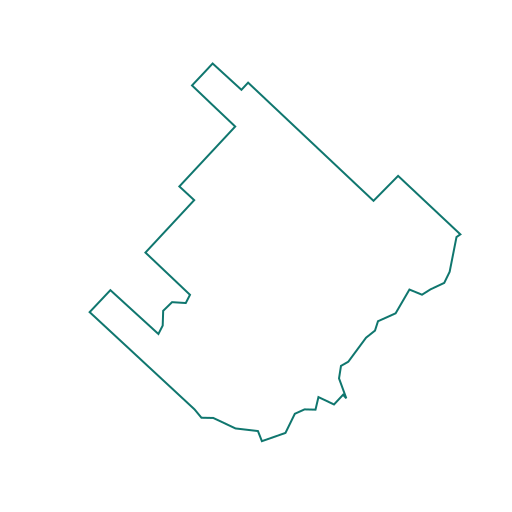 Jefferson Davis, Louisiana, United States of America, rotated 43°
{"feature_id": "52423323B3743396317208", "entity_name": "Jefferson Davis", "entity_type": "district", "adm_level": 2, "iso_a3": "USA", "parent_name": "United States of America", "parent_adm1": "Louisiana", "projection": "orthographic", "projection_center": [-92.778, 30.263], "detail": "fine", "context": "isolated", "style": "outline", "palette": "teal", "viewbox_px": 512, "rotation_deg": 43, "n_neighbors": 0, "source": "geoboundaries", "source_scale": "gbopen_adm2", "svg_char_len": 773}
<svg xmlns="http://www.w3.org/2000/svg" viewBox="0 0 512 512"><g transform="rotate(43 256 256)"><path d="M389.7,105.4L390.7,100.8L305.3,100.5L304.3,135.5L132.0,134.6L132.0,144.4L93.0,144.8L93.0,159.0L92.9,171.5L92.9,174.9L118.9,175.2L152.5,175.5L152.5,257.4L172.7,257.3L172.8,328.9L234.2,329.4L236.7,338.3L226.1,347.0L225.5,359.4L235.2,370.5L237.8,379.6L172.8,380.3L172.6,410.5L315.7,410.1L326.4,411.5L335.2,403.6L358.6,396.1L376.8,382.7L386.6,387.4L393.9,373.5L398.2,365.3L392.0,344.9L396.1,335.1L404.3,327.8L397.9,316.6L414.3,311.4L414.3,298.1L419.1,298.5L400.2,288.9L393.1,278.4L395.6,270.4L392.2,240.7L393.9,229.4L389.7,220.5L397.2,202.7L391.1,175.9L403.8,171.1L406.4,161.3L412.0,147.3L408.4,135.5L389.7,105.4Z" fill="none" stroke="#0f766e" stroke-width="2"/></g></svg>